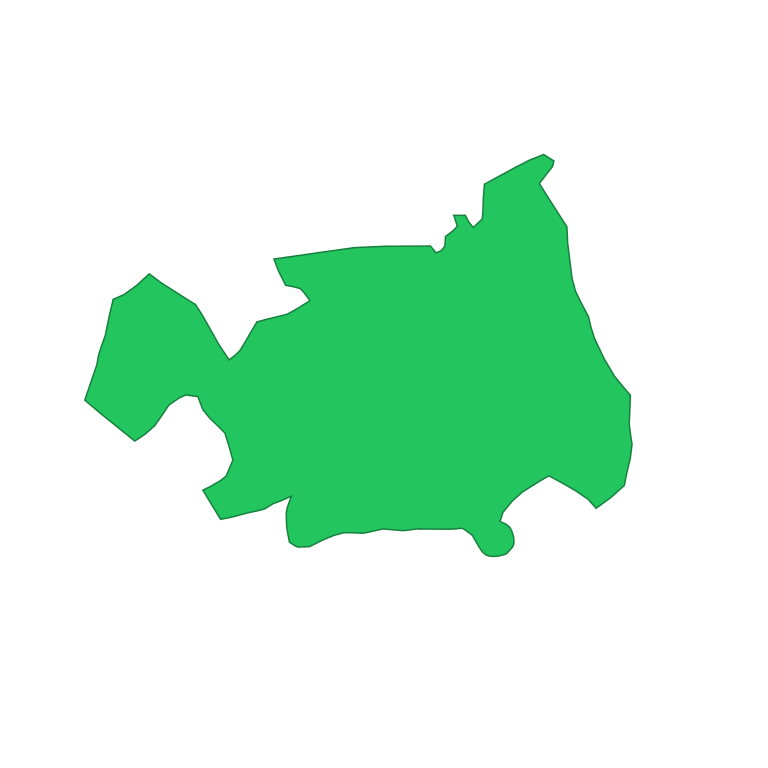 outline of Bereket, Balkan, Turkmenistan, rotated 238°
{"feature_id": "10190150B43473123823457", "entity_name": "Bereket", "entity_type": "district", "adm_level": 2, "iso_a3": "TKM", "parent_name": "Turkmenistan", "parent_adm1": "Balkan", "projection": "natural_earth1", "projection_center": [55.542, 39.495], "detail": "fine", "context": "isolated", "style": "filled", "palette": "green", "viewbox_px": 768, "rotation_deg": 238, "n_neighbors": 0, "source": "geoboundaries", "source_scale": "gbopen_adm2", "svg_char_len": 2643}
<svg xmlns="http://www.w3.org/2000/svg" viewBox="0 0 768 768"><g transform="rotate(238 384 384)"><path d="M166.7,497.9L166.2,498.0L166.7,505.3L167.5,516.2L170.6,534.0L180.2,543.0L190.5,553.5L201.4,562.4L207.6,565.0L220.2,570.8L231.1,578.3L243.9,587.0L254.7,585.3L268.3,583.6L288.9,584.1L310.6,586.6L322.2,589.5L332.7,593.1L349.5,594.3L361.4,595.6L374.0,599.5L405.5,614.1L405.8,614.2L420.3,622.4L421.7,622.4L452.9,622.0L471.7,622.0L475.1,631.0L479.1,642.1L483.1,646.3L494.0,641.0L496.8,625.8L498.1,610.0L499.3,590.5L500.2,575.1L489.1,566.8L479.0,560.1L471.9,554.8L469.4,542.6L476.3,541.8L484.1,542.3L485.6,539.7L490.1,532.5L489.8,532.5L479.0,529.8L478.9,529.8L477.4,523.9L476.5,514.3L468.6,508.7L466.8,503.1L467.6,497.7L476.4,496.5L488.8,476.4L500.2,458.0L515.4,431.0L529.8,398.7L538.8,378.3L548.3,356.9L535.8,354.4L519.8,352.9L514.4,358.8L509.2,363.6L503.3,364.7L493.9,365.4L493.9,350.2L494.5,338.7L500.7,319.9L504.0,309.2L500.8,302.9L494.2,290.4L488.9,280.1L487.4,273.9L486.5,265.4L505.3,264.9L524.6,265.8L539.2,266.4L551.1,266.3L560.3,261.8L576.9,253.9L587.3,248.9L601.8,243.3L598.7,226.6L597.6,210.9L599.3,199.1L598.6,198.4L598.4,198.4L593.6,193.4L587.0,186.8L585.1,185.0L578.2,178.4L572.9,173.4L565.7,164.3L560.1,157.6L552.5,150.7L528.9,121.7L509.9,127.8L467.7,142.4L467.8,147.4L468.0,152.7L468.2,155.9L468.9,159.9L469.3,162.4L469.7,164.3L469.8,165.4L470.2,167.8L471.1,169.8L472.1,172.1L474.1,176.8L475.9,180.9L477.5,184.5L480.2,190.5L480.2,191.2L480.5,198.0L480.7,202.4L479.8,210.0L472.0,219.5L458.4,216.8L456.3,217.0L450.9,217.7L446.1,218.4L435.7,221.1L426.6,223.1L411.6,219.1L399.5,215.5L394.7,208.6L394.4,208.3L389.5,201.2L388.7,194.0L388.9,189.3L389.1,182.5L389.1,182.2L389.5,178.5L389.9,174.1L355.8,173.7L352.5,182.4L351.1,186.5L347.1,199.6L342.7,211.9L341.3,216.5L341.3,220.9L341.3,226.3L339.6,234.6L337.9,245.9L333.6,240.4L330.4,236.4L326.6,232.9L319.9,228.9L315.1,226.2L308.1,223.1L300.0,220.0L293.5,223.0L291.3,224.7L287.5,231.2L285.5,234.8L284.2,249.1L282.1,261.5L279.2,271.1L274.6,278.3L268.7,286.9L267.2,290.6L261.6,306.3L249.6,322.4L248.4,324.7L242.9,336.8L242.6,336.7L242.4,336.7L241.9,337.7L235.0,348.7L227.8,360.0L224.5,365.4L222.8,368.8L220.3,373.8L217.8,375.2L212.3,377.5L208.6,378.8L205.9,378.6L202.0,378.4L195.1,378.3L189.6,378.4L184.8,380.0L181.9,382.5L179.8,385.4L177.7,389.4L177.2,390.7L176.0,394.4L175.7,395.3L175.2,398.1L175.8,400.4L176.5,402.9L177.5,406.3L179.7,409.5L183.9,412.1L187.3,413.4L191.4,414.4L195.3,414.8L200.2,413.3L205.9,409.6L212.0,416.6L216.8,430.9L219.1,444.6L219.1,465.2L218.8,475.1L205.4,482.8L192.0,489.9L177.8,496.1L166.7,497.9Z" fill="#22c55e" stroke="#15803d" stroke-width="1.5"/></g></svg>